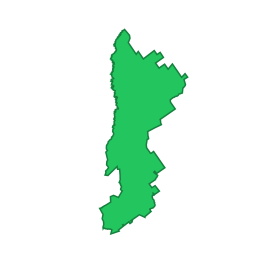 Guadalupe, Chihuahua, Mexico (Albers equal-area conic projection), rotated 235°
{"feature_id": "50627088B71409715310525", "entity_name": "Guadalupe", "entity_type": "district", "adm_level": 2, "iso_a3": "MEX", "parent_name": "Mexico", "parent_adm1": "Chihuahua", "projection": "albers", "projection_center": [-105.58, 30.875], "detail": "fine", "context": "isolated", "style": "filled", "palette": "green", "viewbox_px": 256, "rotation_deg": 235, "n_neighbors": 0, "source": "geoboundaries", "source_scale": "gbopen_adm2", "svg_char_len": 5817}
<svg xmlns="http://www.w3.org/2000/svg" viewBox="0 0 256 256"><g transform="rotate(235 128 128)"><path d="M45.1,90.6L45.7,91.0L46.4,99.0L47.3,98.8L47.5,99.1L47.9,99.3L48.9,99.2L49.1,99.5L48.9,100.7L48.5,101.7L48.3,102.7L48.2,102.8L48.3,103.7L48.6,104.3L48.6,104.9L49.4,106.0L51.6,106.7L51.7,107.0L52.0,106.9L52.6,107.1L53.3,107.6L54.0,107.8L54.6,107.9L55.4,107.6L56.1,107.7L58.4,108.7L58.4,109.7L59.4,110.1L59.1,110.1L58.6,110.3L58.4,110.6L59.1,110.6L60.1,111.2L59.3,111.5L58.3,111.4L58.3,117.5L65.2,117.1L65.4,113.3L70.1,113.3L70.0,120.8L70.3,121.3L70.7,121.6L71.1,123.3L71.9,124.8L72.2,125.2L76.3,123.8L77.0,123.8L77.2,125.1L74.3,125.2L74.3,135.4L94.1,135.5L94.0,132.5L94.6,132.0L94.6,131.9L101.2,131.9L103.8,133.4L107.2,136.6L107.7,137.4L107.4,137.8L107.4,138.3L107.4,138.7L107.6,138.9L110.2,139.9L113.8,142.1L112.8,150.2L111.6,157.3L113.2,157.6L116.3,159.3L116.6,159.3L116.5,177.6L124.4,177.6L125.5,178.0L126.8,178.7L127.1,182.2L126.7,183.4L126.7,184.6L125.9,187.0L126.1,188.2L126.6,189.4L126.0,190.6L125.9,191.6L125.5,192.6L129.2,195.8L129.2,196.5L129.9,199.0L130.6,200.0L135.7,201.7L135.4,206.0L139.8,205.9L138.7,201.0L155.0,201.1L153.2,194.6L159.3,194.6L159.3,187.8L165.4,187.8L165.5,197.5L171.5,197.7L171.5,193.9L176.4,193.9L175.8,180.2L184.8,180.3L183.7,177.0L197.8,177.2L200.3,181.0L203.1,182.4L210.7,181.7L210.6,180.9L210.3,180.7L210.6,180.1L210.8,180.0L210.9,178.8L210.0,178.7L210.2,177.8L210.1,177.5L210.3,176.7L210.1,176.2L209.7,176.6L209.4,176.0L209.4,175.7L209.0,175.9L208.7,175.6L208.8,175.4L209.1,175.4L209.1,175.1L208.6,174.8L208.9,174.6L209.1,174.9L209.3,174.1L209.1,173.7L208.2,173.4L208.1,172.7L208.4,172.2L208.4,171.8L208.1,171.9L208.2,171.5L207.7,171.3L207.8,171.3L207.8,171.0L207.2,170.8L207.5,170.0L207.1,168.6L206.2,167.8L206.1,167.0L205.8,166.7L205.4,166.6L205.0,166.7L204.7,166.5L204.5,166.1L204.7,165.9L204.8,165.2L204.5,165.0L204.4,164.2L204.0,164.0L203.8,164.1L203.4,164.9L203.0,164.7L202.8,163.9L202.4,164.2L201.8,164.3L201.5,164.1L201.0,164.1L200.6,163.5L200.2,163.4L199.2,163.7L198.5,163.2L198.3,162.9L198.4,162.6L198.0,162.4L197.7,161.9L197.7,161.5L197.6,161.4L197.8,161.1L197.5,160.7L197.4,160.2L197.2,160.0L197.2,159.0L197.0,157.5L197.2,157.3L197.0,157.0L197.1,156.5L196.1,156.0L196.3,155.6L196.0,155.4L195.5,155.3L195.2,155.0L195.1,154.0L194.6,153.3L193.8,153.8L193.2,153.4L192.9,153.9L192.4,153.9L192.2,154.2L191.7,154.0L191.2,153.2L190.8,152.9L190.4,153.1L190.0,153.0L190.2,153.6L190.1,154.1L189.8,154.1L189.8,153.8L189.1,153.8L189.1,153.5L188.8,153.1L188.5,153.1L188.4,153.3L188.2,153.3L188.1,153.1L188.3,152.1L188.2,151.7L187.8,151.6L187.5,151.3L187.4,151.0L186.6,151.2L186.4,151.5L185.9,151.2L186.2,150.9L186.1,150.4L185.8,150.2L185.3,150.1L185.3,149.4L184.8,149.1L184.3,149.3L184.0,149.2L184.0,148.9L183.8,148.5L183.2,148.3L183.4,148.0L183.5,147.6L183.1,147.2L183.0,147.5L182.8,147.4L182.5,147.0L182.7,146.2L182.6,145.7L182.2,145.3L181.9,145.7L181.4,145.5L181.7,144.8L180.8,145.1L180.4,144.7L179.2,144.5L178.9,144.2L177.9,144.6L177.4,144.3L176.7,144.5L176.9,143.7L177.1,143.4L177.4,142.2L177.1,142.0L176.8,142.1L176.5,142.0L176.3,141.7L176.2,140.8L175.9,140.9L175.8,141.7L175.4,142.4L175.1,142.4L174.7,142.0L174.4,141.3L174.1,141.1L174.1,140.6L173.9,140.2L173.3,139.9L173.1,139.4L172.8,139.1L172.4,139.7L171.9,139.7L171.6,140.0L171.3,140.4L171.0,140.5L170.4,140.3L170.1,139.9L170.0,139.6L170.3,139.0L170.6,139.1L171.0,138.9L171.1,138.3L170.8,138.1L170.5,137.3L170.3,137.3L169.2,138.2L168.9,137.6L168.3,137.8L168.0,137.7L167.5,137.8L167.3,138.1L166.8,138.1L165.9,138.9L164.9,137.9L164.8,137.2L164.6,137.0L164.1,136.9L163.6,137.2L163.1,136.0L162.8,135.7L162.3,135.7L162.1,135.6L162.0,134.8L161.8,134.7L161.5,134.6L160.7,134.9L160.7,135.7L160.1,136.8L159.8,136.7L159.9,136.2L159.7,135.9L159.5,136.4L158.9,136.7L158.7,136.4L159.0,135.7L158.7,135.1L158.7,134.4L158.4,134.5L158.1,134.3L157.7,134.8L157.4,134.7L157.6,134.0L156.9,133.7L156.6,133.7L156.3,132.8L155.6,132.7L154.9,133.4L154.6,133.2L154.7,132.5L154.0,132.0L153.7,131.4L152.9,131.8L152.1,131.7L151.3,131.2L151.0,131.4L150.8,131.0L149.8,131.4L149.2,131.1L149.1,130.9L149.4,130.5L149.9,130.3L149.9,129.7L150.0,129.2L149.9,128.6L150.3,128.2L150.0,127.9L149.3,127.9L148.8,127.5L149.4,126.9L149.3,126.2L148.9,125.9L148.4,126.2L147.9,126.3L147.9,126.0L148.1,125.9L147.8,125.0L147.5,124.8L146.4,124.7L145.9,124.0L145.3,123.8L144.6,123.7L144.2,123.0L144.2,122.5L143.9,122.2L143.4,122.7L143.2,122.6L143.1,122.3L143.4,122.1L143.4,121.5L141.9,121.4L141.6,121.5L141.5,120.9L141.2,120.6L141.2,120.3L140.6,120.2L140.3,119.7L139.9,119.3L139.4,119.2L139.1,119.3L138.8,119.2L139.2,119.0L139.0,118.7L138.6,118.2L137.9,118.0L138.2,117.4L138.5,117.3L138.5,117.1L137.5,115.7L136.0,116.1L135.8,115.3L135.3,114.6L134.7,114.3L134.1,113.5L133.5,113.3L132.9,113.5L131.2,112.8L129.8,110.3L130.0,109.5L129.9,109.2L128.8,108.6L128.5,107.8L128.7,107.3L128.7,106.7L128.0,103.8L126.9,102.8L126.5,101.4L125.7,100.1L123.3,98.3L121.5,98.3L121.0,96.3L120.9,96.0L113.9,93.2L113.0,92.6L112.9,91.7L112.6,91.4L110.2,89.4L109.8,89.3L107.7,89.5L106.8,89.3L106.5,89.0L106.2,87.9L105.8,87.0L105.8,85.9L105.5,85.0L104.2,84.4L102.6,82.2L100.6,84.3L102.7,97.0L100.2,95.8L99.0,97.5L93.9,94.5L89.9,91.8L88.4,89.5L87.6,90.1L86.9,89.9L86.8,89.5L86.1,89.6L85.7,89.3L85.3,89.3L85.1,89.1L84.6,89.0L84.1,89.2L83.1,88.6L83.0,88.0L82.4,87.2L81.7,86.6L79.8,87.2L76.6,80.3L81.1,77.5L81.8,74.2L77.2,71.3L77.6,64.9L77.8,64.0L77.9,61.3L77.6,61.3L77.6,61.0L77.9,61.0L78.0,59.6L78.4,58.7L71.6,58.0L71.1,57.6L68.6,54.9L68.1,54.7L65.6,54.4L62.9,52.8L61.1,50.6L59.9,50.0L60.1,50.4L60.0,50.8L59.3,51.2L59.4,51.3L58.1,52.0L57.5,52.9L56.8,53.3L56.5,54.1L55.8,54.8L55.4,55.5L53.9,56.4L51.1,53.2L48.6,61.6L49.9,61.6L50.3,68.1L51.6,68.0L51.6,68.7L50.3,68.7L50.6,74.7L48.6,74.8L48.6,77.2L49.6,78.4L50.4,77.2L50.4,87.6L45.1,90.6Z" fill="#22c55e" stroke="#15803d" stroke-width="1.5"/></g></svg>